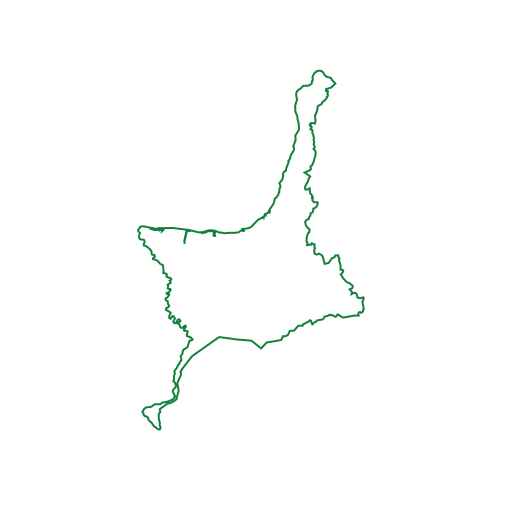 outline of Barú, Chiriquí, Panama, rotated 200°
{"feature_id": "35544464B97118695767804", "entity_name": "Barú", "entity_type": "district", "adm_level": 2, "iso_a3": "PAN", "parent_name": "Panama", "parent_adm1": "Chiriquí", "projection": "albers", "projection_center": [-82.857, 8.312], "detail": "fine", "context": "isolated", "style": "outline", "palette": "green", "viewbox_px": 512, "rotation_deg": 200, "n_neighbors": 0, "source": "geoboundaries", "source_scale": "gbopen_adm2", "svg_char_len": 6129}
<svg xmlns="http://www.w3.org/2000/svg" viewBox="0 0 512 512"><g transform="rotate(200 256 256)"><path d="M287.7,59.8L286.9,60.4L286.9,61.9L288.7,64.3L289.3,66.3L291.9,70.3L293.4,74.7L292.5,76.5L294.1,79.1L289.0,86.6L285.5,89.1L283.0,92.1L281.6,94.6L282.1,95.5L282.3,100.8L282.8,103.5L286.4,109.4L285.9,119.1L287.4,121.6L286.7,123.4L287.0,123.8L281.8,140.0L263.4,166.6L262.6,167.3L244.7,171.2L231.3,174.9L219.6,170.9L216.4,178.3L203.7,185.6L203.2,189.9L201.5,190.3L199.0,192.7L198.6,197.2L194.7,198.9L192.6,204.5L191.2,205.5L188.3,206.5L188.4,207.8L184.2,212.3L183.2,214.1L182.2,214.0L180.4,211.5L179.4,211.2L178.9,213.0L177.2,214.7L176.5,216.4L171.7,219.2L171.0,220.5L170.9,222.4L168.4,224.0L167.2,225.7L166.0,225.6L164.8,226.6L160.6,226.0L159.8,226.9L159.6,228.6L159.1,229.1L154.1,228.0L152.6,228.2L142.7,233.9L139.2,235.2L140.1,236.6L140.0,238.2L139.2,238.9L137.9,238.5L136.4,240.4L136.9,241.7L136.6,243.0L140.4,249.5L140.2,252.8L140.5,253.5L141.1,253.8L143.7,252.0L146.4,251.7L148.5,254.8L150.2,255.3L151.3,254.9L153.2,252.9L153.4,254.8L156.6,256.7L155.1,258.0L154.5,259.2L154.6,260.3L155.4,261.3L159.5,262.6L160.9,262.4L162.7,262.9L166.6,264.9L168.8,266.9L170.2,267.6L168.8,270.7L169.0,272.1L170.0,272.6L171.8,272.1L173.4,276.2L176.6,280.5L176.8,282.4L177.9,282.7L178.9,284.8L181.6,283.7L181.9,281.5L183.7,280.2L185.5,274.2L188.8,272.1L192.9,278.0L194.4,279.3L197.7,279.7L198.8,278.5L200.0,278.0L202.1,278.6L203.3,281.7L203.3,283.7L204.5,284.9L204.9,287.0L207.8,287.0L207.8,285.5L209.4,285.3L210.9,283.8L211.9,283.7L212.1,285.7L213.7,287.4L214.7,290.9L214.9,295.2L214.1,296.5L214.4,298.5L215.2,299.6L216.8,300.0L219.8,302.1L221.5,304.9L220.9,307.1L219.0,309.0L219.4,310.3L218.7,312.5L219.4,314.5L217.8,316.3L217.8,318.9L218.4,320.1L216.6,321.9L215.8,323.4L216.0,326.9L216.8,327.5L220.0,326.4L222.2,327.8L222.4,329.9L223.0,329.5L223.6,330.2L223.6,331.7L224.9,332.7L226.3,333.1L228.8,338.0L230.1,336.3L231.5,335.5L232.5,335.5L233.2,336.5L233.5,338.5L233.2,341.8L232.7,342.7L232.9,346.3L232.3,349.3L238.9,351.1L235.0,354.6L234.1,356.3L235.5,358.8L234.4,360.2L234.1,363.8L234.6,370.6L235.3,373.5L235.9,374.8L238.6,376.3L237.9,378.3L239.4,380.3L240.0,380.5L240.2,383.1L241.6,384.6L241.7,386.3L244.1,390.0L245.0,390.5L245.8,393.2L246.4,393.6L248.1,393.6L248.3,394.2L247.6,395.8L248.9,397.3L249.6,396.8L250.5,397.8L250.1,399.3L249.4,400.0L245.9,400.7L246.3,403.3L248.6,408.1L248.2,410.3L248.4,414.1L249.2,417.9L246.3,421.3L246.2,423.4L244.4,426.2L243.5,428.7L243.9,429.7L243.3,430.7L243.5,432.1L244.6,433.1L244.6,435.1L245.2,435.6L246.6,435.1L247.3,436.7L243.1,439.9L240.4,445.2L245.0,447.5L246.6,449.0L250.8,448.6L253.2,449.4L255.7,451.4L257.5,452.2L260.2,451.7L262.0,450.7L262.1,449.9L263.1,449.0L263.9,446.8L264.1,443.3L262.7,440.7L263.2,439.6L262.6,437.0L265.0,433.9L269.8,432.1L271.3,428.6L272.4,427.4L273.7,425.1L273.9,423.1L273.2,420.7L270.7,416.6L270.9,414.3L270.3,409.3L269.5,408.3L269.0,406.2L267.2,403.7L265.2,401.9L263.6,398.5L261.6,395.9L259.2,390.5L258.9,389.0L260.2,382.5L258.4,378.6L258.5,371.9L257.2,370.4L256.6,368.2L257.8,362.4L257.3,358.9L258.1,356.6L257.7,356.5L257.4,354.4L257.6,348.5L257.1,346.7L257.3,345.7L257.8,345.6L258.6,344.3L258.7,342.0L257.8,340.9L257.5,336.6L258.9,332.3L257.5,330.9L256.8,329.7L256.8,326.6L255.9,323.8L256.3,323.4L256.0,321.3L256.6,318.6L258.0,316.1L257.4,313.2L257.5,310.4L259.2,304.1L258.6,303.8L258.1,301.6L257.1,301.5L258.4,301.4L258.7,303.2L259.1,303.3L259.8,300.3L261.6,298.7L260.7,297.4L261.1,297.3L261.6,298.2L262.0,298.1L261.8,296.0L262.3,294.6L261.7,294.0L260.7,294.1L261.9,294.0L262.5,294.5L262.5,295.5L263.3,294.1L266.4,290.8L270.7,281.3L273.5,279.0L277.5,276.9L276.7,276.6L276.1,276.1L275.9,275.5L276.4,275.0L276.3,274.3L276.6,274.9L276.1,275.9L277.5,276.7L280.3,272.4L284.7,270.1L286.7,269.6L293.7,266.5L296.9,266.2L298.0,265.5L302.4,265.7L302.5,262.3L301.3,260.9L301.6,260.7L302.5,260.5L303.0,260.8L303.6,264.1L305.8,264.3L309.8,262.7L311.7,260.7L314.6,259.1L315.2,258.3L314.8,259.3L312.8,260.3L309.0,263.6L306.0,264.6L303.6,264.4L302.9,265.1L304.9,265.5L309.3,263.9L314.0,260.3L317.5,258.7L327.8,257.5L327.1,256.7L329.0,256.3L329.3,255.2L328.2,245.1L327.1,243.1L328.5,245.3L329.9,255.6L329.2,256.9L329.8,257.1L344.0,253.8L357.3,248.7L358.7,247.5L355.4,248.8L352.8,248.9L351.5,250.1L352.8,247.2L353.0,248.3L353.5,248.5L354.7,248.0L355.5,246.9L356.4,247.3L359.8,245.8L363.7,245.5L363.4,246.0L359.9,246.5L359.9,247.2L372.0,245.4L374.6,244.1L375.6,240.2L375.1,239.0L372.8,237.8L372.9,234.7L371.4,232.4L370.2,232.1L367.0,233.0L365.9,232.0L365.4,231.1L365.6,229.0L365.0,227.5L362.4,227.6L358.8,226.5L355.8,224.7L354.7,222.1L353.8,221.7L352.0,222.2L351.5,221.9L350.7,220.8L352.0,218.8L351.8,217.9L347.1,218.0L343.3,215.9L340.3,215.5L337.6,210.0L337.4,208.4L334.1,208.6L333.4,208.1L333.3,206.5L332.8,205.9L331.2,205.7L329.4,206.1L327.8,205.5L327.6,204.6L328.7,203.1L327.0,201.7L329.2,198.8L328.1,197.3L328.0,195.5L326.9,195.0L325.2,195.6L324.5,194.5L325.6,192.0L327.2,190.7L327.0,189.9L324.8,190.5L324.3,189.9L325.2,186.5L326.2,185.5L326.4,184.5L325.5,183.6L323.5,183.4L322.4,181.0L320.5,179.5L320.9,177.9L322.6,176.1L322.2,174.6L318.3,174.0L316.7,173.3L317.0,170.1L316.2,167.9L314.7,167.9L313.9,171.1L312.5,171.0L310.8,169.5L311.3,166.1L310.4,165.1L309.6,165.0L308.8,165.4L308.2,166.4L307.8,169.4L306.8,170.1L305.9,170.1L304.9,169.3L304.8,168.6L305.3,167.9L306.9,167.3L307.3,166.4L307.0,165.7L304.6,165.7L303.3,163.6L301.6,162.9L300.2,163.6L299.5,165.7L298.3,166.4L297.7,165.5L298.6,162.4L298.4,161.5L297.5,161.2L295.8,162.0L294.5,161.7L294.1,160.7L294.3,158.5L293.5,157.2L289.3,157.2L287.0,155.8L287.6,154.7L289.5,153.8L289.3,146.7L292.2,143.0L292.2,140.9L291.7,138.9L292.6,136.2L290.4,132.8L291.3,130.1L291.3,128.0L292.0,126.9L292.1,124.0L293.4,119.9L292.1,118.0L291.9,114.8L290.8,111.7L290.9,110.1L289.0,109.4L286.7,106.7L286.8,104.7L287.8,102.8L288.1,101.0L287.7,99.9L284.3,96.8L284.4,94.3L285.5,92.4L289.1,89.0L293.8,86.2L295.5,83.8L300.1,82.3L303.0,78.4L307.4,76.2L308.8,74.1L309.4,70.6L308.1,70.0L307.5,68.6L305.9,67.5L305.0,67.8L302.2,67.3L300.8,65.1L296.9,63.5L293.8,61.2L291.3,60.7L290.2,60.0L287.7,59.8Z" fill="none" stroke="#15803d" stroke-width="2"/></g></svg>